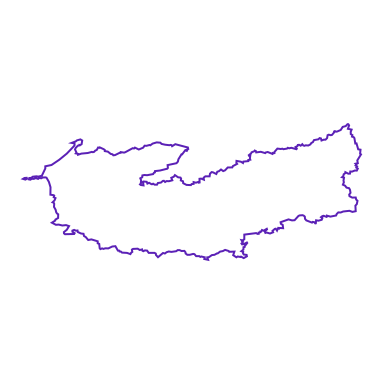 Tha Mai, Chanthaburi, Thailand (Equal Earth projection), rotated 90°
{"feature_id": "78962969B20525991474584", "entity_name": "Tha Mai", "entity_type": "district", "adm_level": 2, "iso_a3": "THA", "parent_name": "Thailand", "parent_adm1": "Chanthaburi", "projection": "equal_earth", "projection_center": [101.972, 12.718], "detail": "fine", "context": "isolated", "style": "outline", "palette": "violet", "viewbox_px": 384, "rotation_deg": 90, "n_neighbors": 0, "source": "geoboundaries", "source_scale": "gbopen_adm2", "svg_char_len": 6038}
<svg xmlns="http://www.w3.org/2000/svg" viewBox="0 0 384 384"><g transform="rotate(90 192 192)"><path d="M125.4,34.9L124.2,35.7L124.2,36.5L126.1,38.3L126.9,41.3L130.0,43.3L131.5,46.8L131.7,48.0L131.1,49.1L131.5,49.9L132.4,49.9L134.9,52.0L135.2,53.2L134.7,55.2L135.2,56.4L138.1,56.9L139.7,58.5L139.7,60.3L140.5,62.5L138.4,63.1L138.1,64.4L139.3,65.6L140.1,70.0L142.1,71.1L143.1,72.8L144.4,73.6L145.5,75.7L145.3,78.3L145.8,79.6L145.4,80.8L144.2,81.7L145.7,83.3L144.8,84.9L145.0,86.2L146.0,86.5L147.0,88.4L148.7,87.2L149.2,87.6L147.8,92.7L148.3,94.9L147.8,96.2L148.6,97.0L149.2,100.6L148.7,101.6L149.0,103.2L148.6,106.6L152.0,109.6L153.0,109.5L153.3,110.3L153.0,111.3L153.9,111.6L152.0,116.3L152.5,118.3L153.1,118.8L151.8,123.2L152.4,127.8L151.1,128.1L150.6,129.2L151.1,129.4L152.3,132.4L153.4,132.9L155.2,135.2L155.7,135.0L155.4,133.7L158.4,134.1L159.7,133.7L160.0,135.7L161.1,135.7L161.6,140.6L163.0,141.0L161.7,143.1L160.9,147.5L162.9,147.6L163.9,146.9L166.1,151.1L167.4,151.7L167.5,156.3L170.3,158.9L171.1,160.8L169.5,163.0L171.3,165.2L171.7,166.7L174.0,167.7L172.3,171.1L172.1,172.4L173.7,174.0L176.3,174.4L176.3,178.6L177.7,180.4L179.7,180.1L178.6,182.9L178.8,184.5L182.5,184.4L182.7,185.3L182.0,185.9L182.7,188.1L182.1,190.4L183.9,190.4L184.1,192.4L185.1,193.1L184.9,197.5L183.2,200.8L181.3,201.0L180.4,203.2L178.6,202.9L177.6,203.5L177.3,205.9L175.1,209.1L176.7,210.2L177.8,212.7L180.3,211.7L181.2,215.0L181.1,217.5L182.0,218.9L180.8,220.1L180.9,221.1L182.6,223.1L183.0,226.1L184.7,227.0L184.7,229.3L183.7,230.9L184.2,231.7L184.2,232.5L182.8,234.9L183.6,236.6L181.8,237.3L181.5,240.5L181.8,241.0L185.4,240.5L185.0,243.2L184.4,244.0L182.5,242.4L182.2,243.1L180.3,242.9L178.3,243.7L177.3,241.8L175.4,241.6L175.0,239.6L175.2,236.9L174.1,230.9L172.7,230.0L172.4,229.1L171.1,229.0L170.5,223.9L168.7,216.7L167.9,216.1L165.1,216.4L163.2,207.5L161.6,206.1L159.3,205.6L154.3,202.5L154.4,201.9L150.3,198.8L150.9,197.2L150.0,196.7L149.6,197.3L149.0,195.8L147.5,196.1L144.2,208.7L146.2,211.9L145.2,212.4L144.9,213.2L145.2,214.7L144.7,218.9L143.9,222.5L142.7,223.6L142.4,227.3L143.6,231.4L145.3,233.7L145.0,234.5L145.8,237.5L145.7,239.4L147.7,240.9L149.5,245.2L147.6,249.1L148.5,250.0L148.2,251.3L152.2,258.7L152.6,259.9L152.1,263.3L152.8,263.4L152.9,264.5L155.1,269.0L155.3,270.7L154.3,271.5L153.9,273.3L151.6,276.2L151.1,279.2L150.0,279.2L149.2,280.3L147.4,284.2L147.8,284.5L147.5,285.9L149.9,287.2L150.7,288.9L151.8,289.8L152.2,291.1L151.9,292.2L153.0,296.2L153.6,302.6L154.7,305.9L153.9,305.9L153.4,308.1L152.7,307.5L149.4,309.0L147.6,308.1L145.6,306.0L145.4,304.5L144.9,304.5L145.0,303.7L144.2,302.4L140.5,301.8L139.4,303.6L140.4,307.1L141.3,308.1L142.9,312.3L143.4,309.5L145.0,309.4L146.2,310.1L153.6,317.2L159.8,324.8L165.0,332.5L166.3,338.7L168.5,338.7L175.8,342.2L176.6,345.7L176.3,347.5L176.7,351.2L177.9,352.8L178.0,354.7L179.4,355.1L179.7,353.6L178.8,352.2L178.9,350.2L178.1,348.2L178.9,345.9L177.9,344.7L178.3,342.8L177.5,341.3L177.4,338.5L177.7,337.5L181.9,335.1L187.2,333.5L194.7,333.6L195.2,330.3L195.6,329.8L197.2,330.3L198.1,328.5L200.4,329.5L202.3,331.4L202.7,330.3L203.8,329.8L206.9,330.0L209.7,328.4L212.2,327.8L213.4,327.1L214.3,325.8L218.0,325.9L219.6,328.6L220.6,328.8L222.7,332.1L224.8,328.1L224.6,325.3L225.5,321.6L225.1,318.0L226.1,315.0L229.8,317.2L232.1,320.1L233.4,320.0L234.2,319.0L234.0,309.9L233.2,309.4L231.7,311.6L230.6,311.6L229.9,309.9L230.7,308.0L230.5,306.5L232.0,306.2L233.5,303.0L233.8,300.5L236.0,300.0L237.1,298.2L240.0,295.8L239.4,292.6L241.3,286.3L243.3,286.3L243.9,284.8L248.3,284.3L249.1,283.6L248.4,281.9L248.9,280.6L248.3,278.7L248.4,275.7L246.5,271.7L246.2,268.6L250.6,266.1L250.7,264.7L251.5,264.4L251.6,263.1L252.6,262.0L252.9,257.0L254.1,253.6L252.7,252.8L251.9,251.7L249.7,252.1L249.2,251.6L248.9,250.7L248.7,246.3L250.0,244.2L249.4,241.9L250.7,241.6L251.2,240.7L250.4,239.1L250.6,236.9L252.9,235.3L252.9,229.4L253.6,228.2L255.0,228.0L257.2,226.0L253.0,221.0L253.5,219.1L252.2,217.4L251.5,215.2L251.9,212.6L251.2,207.8L250.1,206.3L250.1,204.4L251.0,202.5L250.9,199.6L252.3,198.5L253.5,198.4L254.8,196.7L254.8,194.2L253.9,190.8L254.2,189.5L256.1,187.9L256.1,184.8L256.9,183.7L256.5,182.7L257.3,179.3L259.0,179.7L259.8,175.9L257.4,176.7L257.1,175.0L255.1,172.1L254.8,169.5L253.4,167.0L253.4,166.3L251.6,163.9L251.1,161.2L249.9,158.9L251.0,155.3L251.8,154.8L251.6,149.6L255.2,150.8L257.3,147.6L256.5,146.3L257.0,143.5L256.6,143.0L258.1,140.3L256.3,137.1L254.9,137.4L254.5,140.3L253.2,141.0L251.9,140.8L251.2,142.6L249.6,140.6L247.2,140.5L247.0,139.4L246.2,139.3L243.0,136.8L242.5,137.1L244.1,140.2L244.4,141.9L243.5,142.5L242.5,141.3L240.2,142.5L240.6,140.8L239.9,140.7L239.2,139.7L234.6,139.7L233.1,127.8L233.9,126.5L233.8,125.3L232.6,125.3L232.3,123.9L231.5,123.7L231.5,122.7L230.0,122.0L230.7,120.4L228.8,117.2L229.4,117.0L231.3,119.3L232.9,118.6L232.5,117.5L233.5,114.0L232.3,110.9L230.9,111.5L228.9,109.2L228.7,108.3L230.6,107.0L228.7,106.2L228.7,105.2L227.9,105.4L228.2,100.9L224.9,101.3L223.8,103.1L222.2,103.4L219.4,95.5L220.4,92.0L220.2,89.4L215.9,85.5L215.4,84.3L215.2,81.4L215.7,80.2L216.6,79.2L218.8,79.0L220.4,77.7L222.6,72.0L221.9,71.4L222.1,69.9L223.4,68.7L223.3,68.2L220.3,67.9L220.7,65.6L219.8,62.3L218.3,61.7L217.2,63.0L216.1,61.6L216.4,61.1L215.8,60.3L216.9,57.4L216.4,56.8L215.7,56.9L216.6,53.6L215.5,47.9L214.0,47.3L212.4,45.7L212.5,43.3L211.5,40.8L210.8,34.5L211.9,31.6L211.2,28.3L205.7,28.6L204.1,27.2L200.8,26.5L199.6,27.8L197.5,28.3L197.6,31.8L196.2,34.5L194.6,34.8L192.8,33.5L189.8,34.0L188.2,34.9L187.6,37.5L185.7,38.9L184.7,41.1L182.2,40.1L180.7,40.5L177.7,40.0L177.2,41.9L176.1,40.7L174.3,40.3L173.1,38.7L172.2,38.6L173.7,35.7L173.6,34.0L171.5,33.7L171.6,31.9L170.5,29.1L170.6,27.2L168.6,26.2L167.6,27.7L166.4,26.9L165.5,28.4L164.5,27.6L163.7,28.4L163.2,26.2L160.4,26.7L154.4,23.0L153.7,23.9L149.7,23.5L149.3,25.8L143.4,27.5L143.5,28.7L138.1,29.6L137.1,30.4L136.6,32.0L135.1,31.6L134.1,33.2L131.9,33.3L129.6,32.4L128.8,36.1L125.4,34.9ZM178.7,357.0L177.8,357.3L178.0,359.5L178.9,361.0L179.6,358.6L178.7,357.0Z" fill="none" stroke="#5b21b6" stroke-width="2"/></g></svg>